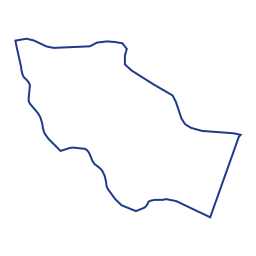 outline of Saint Mary
{"feature_id": "JAM-1381", "entity_name": "Saint Mary", "entity_type": "Parish", "adm_level": 1, "iso_a3": "JAM", "parent_name": "Jamaica", "parent_adm1": "", "projection": "albers", "projection_center": [-76.93, 18.277], "detail": "fine", "context": "isolated", "style": "outline", "palette": "blue", "viewbox_px": 256, "rotation_deg": 0, "n_neighbors": 0, "source": "natural_earth", "source_scale": "10m", "svg_char_len": 929}
<svg xmlns="http://www.w3.org/2000/svg" viewBox="0 0 256 256"><path d="M15.4,40.6L26.6,38.7L33.9,40.5L46.6,46.5L53.8,47.9L89.9,46.3L97.0,42.6L106.9,41.4L115.0,42.0L122.4,43.3L126.8,48.9L124.9,55.7L124.9,64.4L131.7,70.6L153.4,84.3L172.6,95.5L175.8,101.7L181.5,118.6L185.1,124.2L190.9,127.8L202.0,130.9L233.7,133.3L240.6,134.8L238.8,136.9L210.2,217.3L176.2,201.1L166.0,199.1L162.5,199.9L154.7,199.9L151.0,200.6L148.6,201.7L147.8,203.2L147.1,204.9L145.7,206.6L144.3,207.7L136.0,211.1L121.6,205.3L115.1,199.0L107.9,189.1L106.6,186.4L105.9,180.9L104.6,175.7L102.2,170.7L99.6,167.9L94.8,164.3L92.7,161.5L89.0,152.7L87.2,150.3L85.2,148.9L73.5,147.6L71.6,147.7L69.8,148.0L60.5,150.9L48.7,139.1L44.7,133.6L44.0,131.9L43.0,128.4L42.1,122.9L40.2,117.0L37.7,112.9L30.1,103.9L28.8,101.5L28.6,99.5L29.9,85.1L28.8,82.7L27.1,80.4L23.9,77.3L22.7,75.0L21.5,70.4L21.1,67.0L15.9,43.5L15.4,40.6Z" fill="none" stroke="#1e3a8a" stroke-width="2"/></svg>